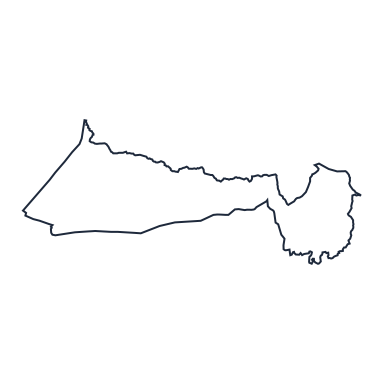 the district of Maçambará, Rio Grande do Sul, Brazil
{"feature_id": "56859067B60830385241918", "entity_name": "Maçambará", "entity_type": "district", "adm_level": 2, "iso_a3": "BRA", "parent_name": "Brazil", "parent_adm1": "Rio Grande do Sul", "projection": "albers", "projection_center": [-55.63, -29.047], "detail": "fine", "context": "isolated", "style": "outline", "palette": "slate", "viewbox_px": 384, "rotation_deg": 0, "n_neighbors": 0, "source": "geoboundaries", "source_scale": "gbopen_adm2", "svg_char_len": 4302}
<svg xmlns="http://www.w3.org/2000/svg" viewBox="0 0 384 384"><path d="M283.6,249.2L284.8,250.1L285.8,250.3L289.5,249.6L289.8,252.0L290.3,255.2L291.7,254.7L293.0,252.2L294.0,251.9L294.4,253.1L295.8,254.5L299.2,254.7L300.6,253.1L302.1,255.1L304.1,254.0L305.9,253.7L308.8,253.3L309.4,251.6L310.4,251.4L311.9,252.3L311.4,254.6L310.9,255.5L309.4,256.9L309.1,261.7L309.3,262.7L311.7,263.7L313.0,261.2L312.0,259.7L312.8,258.7L313.9,258.8L314.0,261.1L315.4,262.5L318.0,263.8L319.1,263.4L320.8,261.5L320.2,257.2L320.8,255.6L321.8,255.1L322.4,253.7L322.5,252.4L325.5,251.9L326.4,253.1L328.2,252.7L328.5,255.2L327.8,256.3L328.5,258.1L329.6,258.0L331.1,258.5L332.6,258.1L334.0,256.7L335.7,255.9L337.6,255.3L337.8,253.6L339.2,253.0L338.7,251.8L340.1,251.1L341.9,251.1L342.9,250.9L342.8,249.4L344.0,247.5L345.7,247.4L346.3,246.4L347.7,244.2L349.6,243.6L348.8,241.5L348.5,240.4L350.2,238.7L350.9,236.5L351.3,235.2L350.8,234.2L350.7,232.3L351.4,230.8L352.3,230.0L352.7,229.0L353.3,227.9L353.3,226.4L353.1,225.3L353.5,224.2L353.1,222.6L353.1,220.2L350.9,216.8L349.2,215.8L348.4,215.0L347.9,213.9L349.5,211.8L351.6,208.1L351.2,206.2L351.7,204.4L352.0,202.9L352.6,201.0L352.2,199.7L352.4,195.5L354.9,194.6L356.3,195.5L358.4,195.0L361.0,195.5L359.7,194.5L355.7,192.5L354.5,190.8L352.8,189.6L350.2,185.9L349.2,183.4L350.0,180.7L349.8,179.4L350.0,177.8L349.3,176.6L349.0,175.1L347.9,173.5L346.6,172.0L345.5,171.2L337.1,171.4L328.7,169.0L319.0,163.6L314.8,165.1L316.8,166.6L318.6,168.8L318.1,170.4L316.0,172.3L315.1,173.0L313.4,174.0L312.3,174.3L311.9,175.7L310.1,177.9L310.1,181.4L308.1,186.9L305.9,192.1L302.0,196.2L299.6,197.6L297.2,198.0L295.9,198.9L294.9,200.2L294.2,201.3L290.5,203.5L288.3,204.9L287.0,203.9L285.6,200.7L285.0,199.6L283.2,198.4L282.7,196.4L281.2,195.5L279.6,194.5L279.1,191.3L278.2,189.4L277.8,188.1L277.8,186.2L277.3,184.3L277.5,183.3L277.3,181.6L276.4,177.0L276.6,175.6L275.5,174.4L271.3,175.2L268.8,176.0L266.8,174.9L264.3,174.9L263.1,175.2L262.2,176.3L260.7,176.5L258.5,175.4L257.6,175.3L254.1,176.3L252.0,176.4L252.1,177.7L251.9,179.1L250.8,181.0L249.5,181.6L248.4,180.3L247.8,179.0L246.2,178.3L244.0,179.5L242.6,178.9L241.2,178.5L239.3,177.7L237.6,177.9L236.3,177.2L235.1,177.4L234.2,178.3L232.2,179.1L230.4,179.0L229.0,179.7L227.9,179.1L226.3,179.0L225.2,178.5L223.7,178.5L223.2,179.5L221.5,180.9L220.8,181.6L219.1,180.6L218.1,180.6L216.8,180.3L215.9,178.7L214.5,177.9L213.1,175.7L212.3,175.0L210.7,175.0L204.8,173.5L203.9,172.2L203.6,169.5L202.2,167.4L201.2,167.3L198.7,168.5L197.7,168.1L196.2,168.9L194.3,168.4L192.5,168.8L188.8,168.7L187.8,167.4L186.7,166.7L184.4,167.7L183.1,167.9L181.4,168.8L179.5,169.0L177.9,172.0L176.9,171.8L175.3,171.6L174.4,171.2L172.4,171.2L170.8,170.0L170.6,168.6L168.0,166.3L166.5,166.4L165.8,165.4L164.6,165.1L164.7,163.5L163.7,162.3L161.0,161.2L159.6,161.9L157.7,162.5L155.9,162.4L155.1,161.7L154.1,161.7L152.9,160.9L152.3,159.5L150.6,159.0L149.7,158.4L148.8,158.8L147.4,158.3L146.4,156.7L144.6,156.2L143.5,155.9L141.6,155.3L140.0,154.8L135.2,155.3L134.1,154.7L133.3,153.6L131.6,153.6L129.5,153.1L127.1,153.4L126.1,151.7L124.8,152.1L122.9,152.8L120.7,152.8L118.8,152.8L117.3,153.3L116.1,153.3L113.2,153.3L112.3,152.3L111.0,151.7L110.4,150.3L109.6,149.1L108.3,146.5L107.2,145.2L106.6,144.3L104.7,143.3L102.0,143.5L100.2,143.5L96.9,143.9L94.8,143.6L93.4,142.6L91.3,142.3L89.7,141.2L89.9,139.4L90.7,138.0L91.9,136.9L92.6,135.0L93.5,134.7L93.4,133.6L92.3,132.5L91.9,131.3L90.3,130.8L89.3,129.9L89.6,128.8L88.0,127.7L88.3,126.3L87.4,124.9L86.4,124.8L86.8,123.5L86.0,122.0L86.2,120.5L84.5,120.2L83.9,124.4L81.7,138.5L79.5,144.1L72.1,152.2L64.7,161.6L55.2,172.6L49.6,179.9L23.0,210.6L26.1,212.9L25.4,215.6L33.3,219.1L39.5,220.7L49.2,224.1L52.5,225.1L50.9,226.8L51.7,227.8L50.9,229.0L51.2,232.8L52.4,234.7L55.4,235.3L74.9,232.3L88.5,231.4L90.4,231.3L92.1,231.2L95.1,231.0L100.7,231.3L111.7,231.9L118.4,231.9L134.9,232.9L140.8,233.3L159.6,226.0L174.9,222.4L200.7,220.8L204.2,219.2L213.4,214.9L217.4,214.5L220.8,214.6L225.9,214.9L228.4,214.9L234.9,209.4L238.7,209.1L244.7,210.1L247.2,209.7L251.7,209.8L253.8,209.5L254.8,209.0L256.5,207.1L266.3,201.4L267.3,200.1L267.9,206.3L270.2,208.8L272.9,210.3L273.8,211.3L274.3,213.2L275.6,222.6L278.2,224.3L281.3,234.7L283.1,236.9L283.8,237.8L284.5,238.7L283.5,245.2L283.6,249.2Z" fill="none" stroke="#1e293b" stroke-width="2"/></svg>